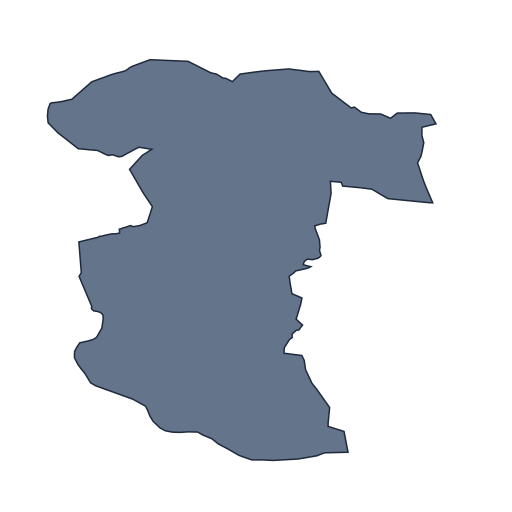 Ajingi, Kano, Nigeria, rotated 264°
{"feature_id": "59680162B27639129809368", "entity_name": "Ajingi", "entity_type": "district", "adm_level": 2, "iso_a3": "NGA", "parent_name": "Nigeria", "parent_adm1": "Kano", "projection": "equal_earth", "projection_center": [9.085, 11.959], "detail": "fine", "context": "isolated", "style": "filled", "palette": "slate", "viewbox_px": 512, "rotation_deg": 264, "n_neighbors": 0, "source": "geoboundaries", "source_scale": "gbopen_adm2", "svg_char_len": 2717}
<svg xmlns="http://www.w3.org/2000/svg" viewBox="0 0 512 512"><g transform="rotate(264 256 256)"><path d="M97.6,313.4L116.5,302.8L123.7,298.3L137.8,293.4L146.6,293.1L148.2,292.7L149.7,292.1L152.3,291.1L153.1,287.6L156.4,273.6L161.9,274.6L169.6,280.7L171.0,283.4L174.7,283.8L177.9,288.3L178.0,291.0L182.0,294.6L182.4,295.1L189.0,289.3L203.1,295.3L209.4,297.3L214.8,287.8L227.1,287.0L232.4,286.9L235.4,292.0L237.0,293.9L238.2,304.4L239.0,307.9L239.7,309.4L240.3,307.5L242.4,302.1L244.3,302.8L246.2,304.3L247.5,307.1L246.4,311.9L247.0,315.4L247.3,317.5L248.3,319.1L249.1,320.3L250.0,320.7L254.3,319.8L256.2,320.0L257.7,320.6L262.3,320.7L265.4,320.8L276.9,317.8L279.8,317.5L281.1,324.0L281.0,326.1L281.3,327.3L281.3,328.8L310.4,337.2L322.5,337.8L320.4,348.5L316.5,349.5L314.5,359.4L312.9,367.3L310.3,378.3L299.3,393.0L293.1,423.0L291.0,433.4L290.4,437.3L306.9,432.2L313.5,430.4L331.8,426.4L337.9,430.5L342.9,432.2L346.5,433.3L351.1,434.7L358.6,433.6L366.7,434.5L368.6,448.8L378.5,444.5L381.7,429.0L383.4,411.4L378.9,404.2L383.8,395.6L384.2,394.8L385.6,383.1L387.9,375.8L393.8,369.4L393.3,366.1L410.0,348.4L433.0,337.8L433.8,328.6L435.8,320.2L438.6,308.1L439.2,285.9L439.1,274.6L438.6,259.1L431.9,250.8L434.3,246.9L435.7,244.9L436.5,241.6L439.7,237.5L441.1,235.5L443.0,230.1L456.7,208.8L462.3,171.1L457.7,153.1L456.6,150.2L455.2,148.0L454.4,146.5L453.6,144.2L453.1,141.3L452.6,137.3L451.6,131.4L446.4,110.8L431.1,89.2L430.5,83.4L430.1,80.6L429.9,78.6L429.8,76.7L429.7,73.2L429.7,72.9L429.7,72.7L429.7,72.4L429.7,72.2L429.7,71.9L429.7,71.7L429.7,71.4L429.7,71.2L429.7,69.1L429.2,67.2L423.6,64.5L416.9,63.2L410.2,63.2L399.4,71.7L381.3,90.4L377.4,109.7L373.3,116.1L371.4,119.7L371.7,123.8L369.0,129.8L369.1,133.1L370.5,136.3L374.4,145.7L376.4,151.0L373.0,163.5L367.8,153.2L355.4,139.3L352.8,140.5L331.1,150.1L315.9,158.1L312.5,156.6L300.5,151.3L298.8,145.1L298.4,143.2L298.2,140.5L298.0,137.4L298.6,135.7L299.4,134.4L298.7,131.3L296.9,122.8L294.7,122.9L293.0,122.7L292.9,120.4L292.7,118.5L293.0,116.5L293.1,114.5L292.7,111.0L292.4,107.9L291.8,104.2L292.0,102.4L291.2,101.2L288.5,81.3L265.4,80.7L257.6,80.5L254.3,77.9L223.0,87.4L221.3,86.8L220.3,87.2L218.4,88.8L217.5,92.3L216.0,95.6L213.2,97.7L209.1,97.4L200.3,95.1L191.9,89.0L190.1,85.6L189.0,79.8L188.1,71.7L184.6,68.7L180.1,65.6L173.9,64.8L167.1,67.4L163.0,69.7L156.8,73.7L147.1,78.3L143.6,83.1L126.4,118.6L118.3,130.3L114.4,131.9L107.5,133.9L102.3,136.4L95.0,142.6L91.7,147.5L89.6,154.2L88.5,162.0L88.2,170.1L87.0,179.6L83.3,184.7L78.9,192.9L72.7,199.3L67.4,207.3L59.6,218.1L57.2,222.9L53.6,230.6L52.6,240.7L50.9,251.6L49.7,276.7L50.9,295.4L53.1,303.6L51.2,327.0L72.3,325.2L79.0,309.9L82.5,310.3L97.6,313.4Z" fill="#64748b" stroke="#1e293b" stroke-width="1.5"/></g></svg>